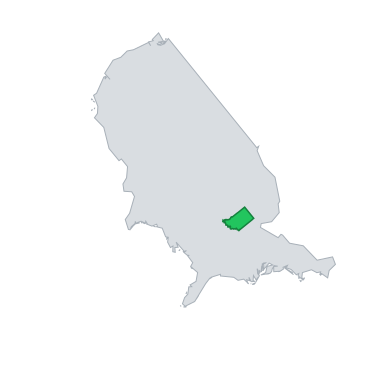 Indiana on a map of United States of America (Robinson projection), rotated 51°
{"feature_id": "USA-3547", "entity_name": "Indiana", "entity_type": "State", "adm_level": 1, "iso_a3": "USA", "parent_name": "United States of America", "parent_adm1": "", "projection": "robinson", "projection_center": [-86.788, 39.771], "detail": "fine", "context": "in_parent", "style": "filled", "palette": "green", "viewbox_px": 384, "rotation_deg": 51, "n_neighbors": 0, "source": "natural_earth", "source_scale": "10m", "svg_char_len": 6865}
<svg xmlns="http://www.w3.org/2000/svg" viewBox="0 0 384 384"><g transform="rotate(51 192 192)"><path d="M303.8,139.4L323.7,137.7L330.9,123.6L338.5,126.1L339.3,134.8L344.1,140.6L336.7,142.7L336.4,144.3L335.0,142.3L333.3,145.7L327.6,148.1L324.1,156.9L327.7,160.6L329.9,160.1L329.2,158.5L330.0,159.3L330.3,161.1L323.9,162.3L322.5,160.3L322.0,163.0L314.6,163.7L309.2,167.1L309.7,165.2L309.1,163.9L307.8,168.6L309.4,169.4L309.0,173.4L305.4,178.6L301.3,175.4L303.6,172.1L301.0,174.4L302.2,178.0L303.9,180.1L304.3,182.4L299.8,190.7L301.0,185.5L297.1,180.5L299.5,175.2L295.8,176.8L297.3,184.6L293.7,182.2L292.4,182.5L293.5,180.1L293.4,179.3L292.2,181.2L292.2,182.8L297.8,185.9L296.6,187.2L294.1,184.5L293.1,184.1L296.3,187.3L297.6,188.0L296.9,189.9L295.2,188.4L297.9,191.4L297.3,191.8L296.0,190.3L292.6,189.6L296.8,192.4L299.5,192.3L302.3,199.5L299.8,194.0L300.7,197.5L295.6,196.8L299.3,200.3L301.1,199.3L298.9,202.5L294.1,201.4L297.1,203.1L294.6,204.7L297.6,205.9L292.3,206.6L289.6,211.8L284.6,213.2L275.2,222.7L273.9,221.7L270.4,230.4L270.2,232.5L271.8,239.1L278.8,258.8L276.5,269.2L272.9,269.8L269.4,264.2L268.8,259.6L263.7,254.2L265.4,251.8L263.0,252.0L264.0,245.1L258.1,238.3L249.0,239.9L247.4,235.9L238.5,235.5L239.6,234.0L238.1,235.5L234.0,236.3L234.0,233.2L233.3,235.4L221.0,235.9L226.2,237.5L224.4,240.3L228.3,243.0L226.3,244.5L222.0,240.8L221.6,243.7L215.6,242.5L212.3,238.9L210.2,240.7L201.4,237.9L196.2,241.8L197.5,240.7L194.8,239.7L193.3,244.6L187.8,247.7L189.1,246.8L185.6,246.3L186.8,247.9L182.6,250.0L180.9,255.4L179.1,254.5L180.6,256.0L180.8,260.9L182.4,263.9L181.1,265.0L171.4,261.2L169.3,253.9L159.3,239.5L153.9,238.7L148.6,244.4L142.3,240.6L139.8,233.9L131.7,226.1L121.9,226.1L121.7,229.0L106.0,229.1L86.3,219.9L72.9,221.1L71.5,216.1L66.3,211.3L54.9,207.6L55.2,204.0L47.2,188.2L47.7,186.5L49.5,188.6L48.6,185.1L52.9,184.8L44.9,185.2L39.9,170.4L42.5,162.5L41.6,153.7L44.6,148.0L48.4,131.6L52.3,132.1L48.0,131.3L50.0,126.9L48.5,126.9L47.3,117.8L56.9,119.3L54.2,124.1L57.9,120.7L56.9,124.7L54.4,125.7L56.1,125.9L58.2,124.2L59.5,120.1L57.9,113.8L198.3,113.8L198.4,111.4L200.9,115.4L216.6,119.8L232.7,118.2L254.4,129.6L255.4,132.5L262.9,137.2L265.2,148.8L260.1,158.1L262.6,161.1L281.7,153.8L280.9,149.5L282.5,148.7L293.2,148.4L303.8,139.4ZM316.9,165.6L320.1,165.1L309.0,167.9L318.1,164.5L316.9,165.6ZM58.0,117.7L58.8,120.3L58.7,120.7L57.2,118.7L58.0,117.7ZM182.2,263.1L181.0,258.7L181.2,256.2L181.3,258.8L182.2,263.1ZM337.5,143.0L337.5,144.4L337.0,144.1L337.5,143.0ZM212.4,240.1L212.6,241.2L211.6,240.3L212.4,240.1ZM59.0,211.6L60.4,211.1L60.5,211.2L59.0,211.6ZM57.6,211.3L57.0,212.0L56.6,211.3L57.6,211.3ZM326.8,162.5L326.0,163.4L325.7,163.2L326.8,162.5ZM182.0,254.0L181.2,255.9L183.1,252.1L182.0,254.0ZM276.7,252.3L278.0,256.2L276.5,251.9L276.7,252.3ZM65.6,214.9L66.1,215.9L65.5,215.0L65.6,214.9ZM277.1,269.8L275.9,271.0L277.7,268.4L277.1,269.8ZM302.8,201.9L301.6,203.4L302.5,199.8L302.8,201.9ZM57.0,115.6L56.9,116.4L56.4,116.0L57.0,115.6ZM186.8,248.7L184.9,249.6L186.9,248.4L186.8,248.7ZM329.9,162.9L329.9,163.9L328.9,163.7L329.9,162.9ZM65.3,217.8L65.7,219.1L65.1,217.9L65.3,217.8ZM184.4,250.4L183.6,250.9L184.3,250.1L184.4,250.4ZM303.8,184.0L302.6,186.0L304.0,183.2L303.8,184.0ZM195.6,242.7L194.3,243.5L196.2,242.1L195.6,242.7ZM270.7,231.4L270.5,233.0L270.3,231.9L270.7,231.4ZM298.0,206.1L297.6,206.5L298.8,205.2L298.0,206.1ZM252.3,239.5L250.8,240.4L250.2,240.2L252.3,239.5ZM233.4,236.0L233.2,236.3L232.3,236.2L233.4,236.0ZM267.1,259.7L267.3,260.9L266.8,259.5L267.1,259.7ZM229.5,238.2L229.3,239.2L229.2,237.4L229.5,238.2ZM273.7,272.5L272.8,272.6L274.0,272.3L273.7,272.5ZM308.8,174.1L308.2,175.1L308.9,173.7L308.8,174.1ZM300.7,203.7L300.1,204.1L300.7,203.7Z" fill="#d9dde1" stroke="#a8b0b8" stroke-width="1"/><path d="M251.3,161.0L251.3,161.5L251.3,162.0L251.4,162.6L251.4,163.1L251.4,163.6L251.4,164.1L251.4,164.7L251.4,165.2L251.4,165.7L251.4,166.3L251.4,166.8L251.4,167.3L251.4,167.8L251.4,168.4L251.4,168.9L251.4,169.4L251.4,170.0L251.4,170.5L251.4,171.0L251.4,171.5L251.4,172.1L251.4,172.6L251.4,173.1L251.4,173.7L251.4,174.2L251.4,174.7L251.4,175.3L251.4,175.8L251.4,176.4L251.4,176.9L251.4,177.4L251.4,178.0L251.1,178.2L251.1,178.4L251.3,178.5L251.4,178.8L251.2,179.1L251.3,179.2L251.5,179.3L251.5,179.5L251.4,179.7L251.5,179.9L251.4,180.0L251.0,179.9L250.8,180.0L250.5,180.1L249.7,180.6L249.3,180.5L249.2,180.3L248.7,180.3L248.1,180.3L248.0,180.5L248.1,181.1L248.2,181.4L248.2,181.5L247.9,181.8L247.7,182.0L247.4,182.1L247.1,182.3L247.0,182.9L246.9,183.1L246.7,183.3L246.4,183.4L246.2,183.3L245.9,183.6L245.7,183.7L245.7,183.8L245.6,184.0L245.5,184.7L245.5,184.9L245.4,185.0L245.0,185.1L244.9,185.2L244.8,185.3L244.7,185.3L244.5,185.1L244.4,185.0L244.1,185.0L244.0,184.9L243.9,184.9L243.7,184.8L243.6,184.7L243.5,184.2L243.2,183.9L242.9,183.9L243.0,184.0L243.3,184.2L243.2,184.3L242.9,184.4L242.7,184.3L242.7,184.5L242.6,184.8L242.3,184.8L242.2,185.0L242.3,185.5L242.2,185.6L241.9,185.7L241.9,185.8L241.8,186.0L241.7,186.1L241.5,185.9L241.2,185.8L240.9,185.7L240.7,185.3L240.6,185.2L240.4,185.3L240.2,185.4L240.1,185.5L239.7,185.6L239.5,185.8L239.4,185.9L239.3,186.3L239.2,186.4L239.0,186.5L238.9,186.5L238.8,186.4L238.8,186.2L238.7,186.1L238.3,186.0L237.9,185.8L237.7,185.7L237.4,185.5L237.1,185.6L236.9,185.7L236.7,185.7L236.5,185.4L236.4,185.3L236.3,185.6L236.4,185.8L236.5,185.9L236.4,186.1L236.1,186.3L236.0,186.2L236.0,185.9L235.9,185.8L235.7,185.9L235.3,186.0L235.2,185.9L235.0,185.7L234.9,185.6L234.7,185.6L234.6,185.8L234.8,186.3L234.5,186.5L234.4,186.6L234.2,186.4L233.9,186.4L233.7,186.3L233.9,186.3L234.0,186.3L234.0,186.2L233.7,185.9L233.9,185.9L234.0,185.8L234.0,185.7L234.0,185.4L234.1,185.2L234.0,184.8L234.3,184.7L234.2,184.6L234.2,184.4L234.3,184.3L234.5,184.3L234.6,184.2L234.4,184.0L234.4,183.9L234.3,183.7L234.5,183.4L234.6,183.2L234.7,183.3L234.8,183.3L234.8,183.2L235.0,183.1L235.0,183.3L235.1,183.2L235.2,182.9L235.3,182.7L235.5,182.5L235.6,182.4L235.6,182.2L235.9,182.0L236.0,181.9L236.2,181.7L236.1,181.4L236.3,181.2L236.4,180.9L236.5,180.7L236.9,180.1L236.8,179.9L236.7,179.6L236.7,179.4L236.8,179.2L236.8,178.9L236.7,178.8L236.6,178.7L236.4,178.2L236.2,177.9L236.1,177.6L236.4,177.2L236.5,177.0L236.3,176.7L236.5,176.4L236.8,176.2L236.8,175.0L236.8,174.1L236.8,173.1L236.8,172.2L236.8,171.2L236.8,170.3L236.9,169.3L236.9,168.4L236.9,167.4L236.9,166.5L236.9,165.6L236.9,164.6L236.9,163.7L236.9,162.7L236.9,161.8L236.9,160.8L236.9,160.6L237.7,160.6L238.2,160.6L238.5,160.6L239.0,160.6L239.4,160.6L239.9,160.6L240.3,160.6L240.7,160.6L241.1,160.6L241.5,160.6L241.9,160.6L242.3,160.6L242.7,160.6L243.1,160.6L243.6,160.6L244.0,160.6L244.4,160.6L244.8,160.6L245.2,160.6L245.6,160.6L246.0,160.6L246.4,160.6L246.9,160.6L247.3,160.6L247.7,160.6L248.1,160.6L248.5,160.6L248.9,160.6L249.3,160.6L249.7,160.6L250.1,160.6L250.6,160.6L251.0,160.6L251.3,160.6L251.3,161.0Z" fill="#22c55e" stroke="#15803d" stroke-width="1.5"/></g></svg>